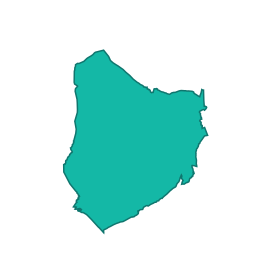 outline of Flesberg nor, Buskerud, Norway, rotated 63°
{"feature_id": "86288312B11516416194364", "entity_name": "Flesberg nor", "entity_type": "district", "adm_level": 2, "iso_a3": "NOR", "parent_name": "Norway", "parent_adm1": "Buskerud", "projection": "orthographic", "projection_center": [9.551, 59.857], "detail": "fine", "context": "isolated", "style": "filled", "palette": "teal", "viewbox_px": 256, "rotation_deg": 63, "n_neighbors": 0, "source": "geoboundaries", "source_scale": "gbopen_adm2", "svg_char_len": 5760}
<svg xmlns="http://www.w3.org/2000/svg" viewBox="0 0 256 256"><g transform="rotate(63 128 128)"><path d="M187.1,203.9L193.2,202.0L196.2,201.2L203.2,199.3L203.3,199.1L210.3,197.2L210.0,197.0L208.3,196.4L208.0,196.1L207.8,195.4L207.9,192.7L207.8,191.6L207.6,190.9L207.7,188.5L207.6,184.6L207.8,181.4L208.2,178.9L208.2,177.7L209.1,175.0L209.1,174.7L209.1,172.7L208.9,167.6L208.9,165.6L209.0,164.9L209.3,164.7L209.4,164.1L209.4,163.8L209.7,163.4L209.8,162.9L209.7,162.5L209.5,162.0L209.5,159.8L209.3,159.2L209.3,158.9L208.9,157.7L208.1,157.1L207.2,157.3L207.1,157.2L207.1,156.9L206.6,156.9L206.4,156.8L206.4,156.3L206.8,155.8L206.8,155.6L206.5,155.1L206.4,154.2L206.4,153.8L206.6,153.3L206.9,152.9L207.2,151.9L207.0,151.6L206.3,150.9L205.7,150.0L205.5,147.4L205.6,146.7L205.8,146.3L206.1,145.8L206.5,145.7L206.7,145.3L206.3,142.1L206.4,141.7L206.4,140.4L206.5,140.3L206.5,139.8L206.4,138.7L206.4,137.7L206.8,136.9L206.8,136.3L206.8,136.1L206.4,135.7L206.3,135.4L206.3,135.0L206.8,133.7L206.3,133.1L206.1,132.2L205.9,131.9L205.8,130.0L206.2,129.5L205.9,129.0L205.3,127.1L204.8,124.9L204.6,123.7L202.9,118.5L202.8,117.6L202.2,115.4L202.1,112.7L201.9,111.9L200.0,109.8L199.5,108.7L198.9,107.0L197.5,105.5L196.1,104.2L194.1,101.8L195.3,101.8L196.1,102.6L196.5,102.9L197.0,102.9L197.3,103.2L199.7,102.7L199.8,103.1L200.2,103.4L200.7,104.2L201.4,104.5L201.6,104.8L201.6,105.0L201.8,105.0L202.5,105.7L202.7,104.9L202.9,104.4L203.5,103.5L203.2,100.3L203.5,99.9L203.3,99.2L203.6,98.7L203.4,98.0L202.9,97.7L202.6,97.3L201.1,96.0L200.9,95.3L201.0,94.9L201.0,94.4L200.7,94.1L200.8,93.9L200.5,93.4L200.5,93.1L200.2,93.0L200.3,92.7L200.1,92.3L200.2,92.1L199.6,91.8L199.2,91.1L198.9,90.9L198.6,89.8L198.2,89.7L197.9,89.8L197.6,89.6L197.5,90.0L197.6,90.4L197.4,90.4L197.1,90.1L196.9,89.6L196.7,89.5L195.8,89.5L195.3,89.2L193.5,88.7L192.8,88.7L192.5,88.9L190.5,88.0L190.7,87.4L191.3,86.7L191.8,85.9L193.0,84.8L193.5,84.2L192.2,83.7L191.1,83.5L187.7,81.6L184.5,80.7L183.1,79.8L181.9,79.3L181.8,79.1L180.6,78.7L179.5,77.8L178.7,77.0L178.2,76.8L177.6,76.1L177.5,75.5L176.1,73.5L175.5,73.3L175.1,72.6L174.3,72.3L174.3,71.1L173.6,70.5L173.0,69.7L172.6,68.6L172.4,68.3L169.8,63.4L170.7,60.4L162.3,59.5L162.2,60.9L161.8,61.6L161.9,62.0L161.0,61.6L160.7,61.7L160.3,61.3L160.3,61.1L159.7,60.8L159.1,60.9L159.0,61.1L158.5,61.3L158.5,61.5L158.4,61.5L158.0,61.2L157.5,61.3L157.3,60.9L156.9,60.7L156.8,60.8L156.2,60.3L155.5,60.4L154.3,60.9L154.0,60.7L153.5,59.8L153.4,59.5L153.2,59.3L153.1,59.0L153.6,58.5L153.6,58.3L152.9,58.2L152.6,58.0L151.8,57.8L151.4,57.9L151.4,58.1L150.1,57.8L149.9,57.6L149.6,57.6L148.8,57.4L148.2,56.9L146.3,57.2L145.9,56.9L145.6,56.1L145.7,55.4L145.6,53.7L145.7,52.8L145.9,52.1L146.9,51.7L146.2,49.7L145.6,48.8L145.2,48.5L144.6,48.6L143.7,49.3L143.3,50.2L138.2,48.1L128.5,43.5L128.3,44.0L128.1,44.2L127.8,44.6L127.5,44.6L127.2,44.8L129.5,46.6L130.6,47.7L131.5,48.8L132.7,49.9L131.5,50.8L129.0,52.2L128.5,52.6L127.5,53.1L126.6,53.4L125.7,53.2L124.5,54.1L122.4,57.4L121.8,58.7L120.8,60.0L120.6,60.5L119.0,63.2L118.5,64.3L118.1,66.1L117.8,69.1L117.6,70.0L117.1,70.9L116.6,72.9L116.7,74.0L116.9,75.7L115.1,77.7L114.1,78.2L113.4,79.2L112.0,80.3L111.1,81.5L110.2,82.3L108.5,83.3L107.6,84.2L107.3,84.3L106.7,84.1L106.5,84.4L106.1,84.4L105.8,84.7L105.7,85.0L105.8,85.4L105.0,86.8L105.0,87.0L107.5,89.3L107.3,89.4L107.5,89.8L107.3,90.4L107.2,90.5L107.2,91.0L106.7,91.2L106.3,91.6L104.3,91.2L103.8,91.8L103.5,91.7L103.4,92.0L102.9,92.0L102.5,92.5L102.0,93.0L101.7,92.7L101.3,92.8L101.4,92.7L100.9,92.7L100.8,92.9L100.7,93.0L100.3,92.6L100.2,92.8L100.3,93.2L100.1,93.3L100.1,93.6L99.7,93.9L99.6,94.1L99.3,94.1L99.2,94.3L99.1,94.6L98.7,94.9L98.4,95.4L97.9,95.2L96.6,95.8L94.9,97.2L93.0,98.0L91.4,99.1L86.8,101.2L82.0,102.6L77.4,104.6L73.7,105.8L67.8,108.9L66.8,109.6L63.2,111.7L59.9,113.0L55.4,112.8L47.6,114.4L45.7,122.7L45.9,123.9L46.7,125.9L47.0,127.9L47.2,131.7L47.4,133.1L48.6,137.1L48.5,139.0L48.3,142.3L47.5,143.7L47.8,146.0L49.2,146.8L50.1,147.9L52.4,149.3L52.8,149.9L62.8,155.2L64.6,155.6L67.6,153.9L68.1,154.1L68.5,155.5L69.3,157.1L71.3,158.4L79.4,160.4L82.6,161.8L88.7,164.7L91.2,166.1L97.8,172.3L105.6,174.7L109.0,176.9L114.9,182.2L114.9,182.4L115.8,182.5L115.9,183.0L116.1,183.0L116.6,183.3L117.3,184.1L117.3,184.4L117.5,184.9L117.8,185.2L117.8,185.4L118.6,185.7L119.1,186.3L119.1,186.5L119.7,187.6L119.7,188.1L119.7,188.3L121.0,188.4L121.2,188.7L123.1,188.5L123.4,188.4L124.1,188.6L124.4,189.0L124.3,189.7L124.5,189.9L124.5,190.6L124.9,191.0L124.9,191.4L125.1,191.6L125.1,192.0L125.6,192.2L126.1,192.8L126.4,193.8L126.7,194.3L126.6,194.6L126.9,194.8L127.0,195.2L128.0,196.3L128.6,196.6L128.6,197.1L128.6,197.6L128.7,197.9L128.8,198.0L128.9,198.3L129.2,198.6L130.6,199.2L131.1,199.7L131.1,200.1L131.5,200.4L131.6,200.5L131.3,200.7L131.3,201.1L131.5,201.4L131.4,201.9L138.1,205.2L151.4,205.1L160.5,203.2L161.2,202.9L161.4,202.9L161.6,202.7L162.1,202.7L162.8,203.0L163.1,202.7L163.5,202.7L164.2,202.5L165.4,202.7L165.6,202.4L165.9,202.2L166.2,202.4L166.8,202.3L166.8,202.9L167.1,203.7L167.5,203.6L167.7,203.8L167.9,203.7L168.0,204.3L168.3,204.3L168.4,204.6L168.7,204.3L168.9,204.3L169.0,205.3L168.9,205.6L169.0,205.7L168.9,206.5L169.3,206.7L169.5,207.2L170.0,207.4L170.5,207.5L170.7,207.3L171.0,207.3L171.1,208.1L171.5,208.9L173.5,212.5L174.0,211.9L174.3,211.2L174.7,210.9L174.6,210.7L174.9,210.3L174.8,210.2L175.0,210.0L176.2,212.1L176.8,211.3L176.9,210.6L177.2,210.1L177.3,209.0L177.7,208.3L177.8,207.4L178.4,207.0L178.6,207.0L179.5,206.5L179.8,206.9L179.9,207.2L179.0,208.3L178.9,208.7L178.9,209.1L178.3,209.5L178.5,210.1L179.2,210.2L179.5,210.0L179.5,209.7L179.9,209.3L179.9,209.0L180.0,208.9L180.8,208.6L180.8,208.4L181.3,208.1L182.0,207.9L182.2,207.5L182.6,207.1L182.9,206.4L185.8,204.5L187.1,203.9Z" fill="#14b8a6" stroke="#0f766e" stroke-width="1.5"/></g></svg>